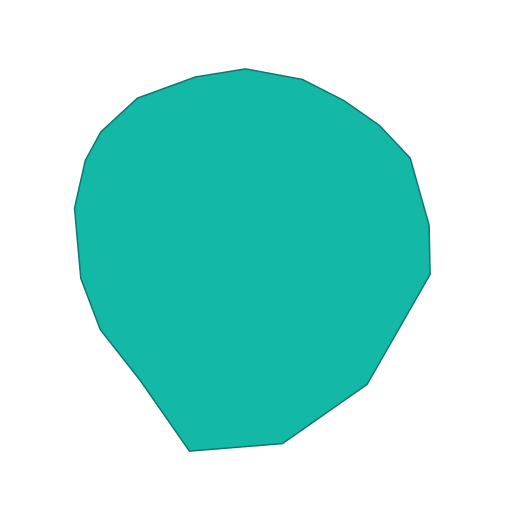 Ingbokolo, Orientale, Democratic Republic of the Congo (Mercator projection), rotated 256°
{"feature_id": "63176286B90733061522477", "entity_name": "Ingbokolo", "entity_type": "district", "adm_level": 2, "iso_a3": "COD", "parent_name": "Democratic Republic of the Congo", "parent_adm1": "Orientale", "projection": "mercator", "projection_center": [30.772, 3.399], "detail": "fine", "context": "isolated", "style": "filled", "palette": "teal", "viewbox_px": 512, "rotation_deg": 256, "n_neighbors": 0, "source": "geoboundaries", "source_scale": "gbopen_adm2", "svg_char_len": 393}
<svg xmlns="http://www.w3.org/2000/svg" viewBox="0 0 512 512"><g transform="rotate(256 256 256)"><path d="M67.6,236.3L104.6,332.8L196.1,420.5L244.0,431.4L313.7,429.3L352.9,407.3L385.6,378.8L416.1,343.7L440.1,291.1L444.4,240.6L437.9,179.2L413.9,135.4L390.0,113.5L346.4,91.5L276.7,80.6L222.2,87.1L163.4,113.5L82.8,144.2L67.6,236.3Z" fill="#14b8a6" stroke="#0f766e" stroke-width="1.5"/></g></svg>